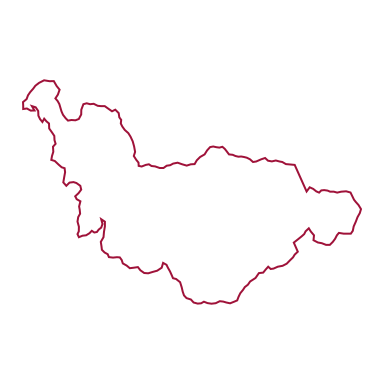 the district of Mirim Doce, Santa Catarina, Brazil
{"feature_id": "56859067B1000526866596", "entity_name": "Mirim Doce", "entity_type": "district", "adm_level": 2, "iso_a3": "BRA", "parent_name": "Brazil", "parent_adm1": "Santa Catarina", "projection": "robinson", "projection_center": [-50.194, -27.174], "detail": "fine", "context": "isolated", "style": "outline", "palette": "rose", "viewbox_px": 384, "rotation_deg": 0, "n_neighbors": 0, "source": "geoboundaries", "source_scale": "gbopen_adm2", "svg_char_len": 3277}
<svg xmlns="http://www.w3.org/2000/svg" viewBox="0 0 384 384"><path d="M53.8,81.1L49.6,81.2L44.1,80.3L39.0,82.9L35.4,85.7L33.1,88.8L30.2,92.1L28.0,95.3L26.6,99.1L23.0,102.1L23.2,105.6L23.2,109.0L26.9,108.5L30.7,110.6L34.5,110.5L31.9,106.1L35.7,107.3L38.2,111.0L38.4,115.7L40.1,119.2L42.4,122.0L44.2,118.7L46.4,121.3L49.0,123.5L49.2,128.5L52.1,132.6L54.3,135.9L54.5,140.1L55.6,143.8L53.0,146.7L53.3,151.8L52.0,156.0L51.3,159.9L54.8,161.0L58.7,164.7L61.7,167.3L64.6,168.2L65.1,172.2L64.3,176.6L63.3,182.4L66.3,185.8L69.5,182.6L73.5,182.1L76.4,183.0L80.3,185.8L81.2,189.6L78.6,193.1L75.2,196.3L76.7,199.2L80.4,201.3L79.1,206.5L79.7,209.7L80.1,213.7L78.2,217.1L77.5,221.6L78.9,226.7L78.8,231.3L77.5,234.1L78.9,237.2L82.5,235.7L86.1,235.3L89.5,233.2L91.8,230.8L94.3,232.5L96.9,232.0L98.7,229.6L101.2,227.6L102.5,224.0L101.2,219.2L104.9,221.7L104.9,226.4L104.0,231.7L103.5,237.2L100.8,241.9L101.5,246.4L101.9,249.8L104.6,252.5L107.7,254.2L108.9,257.1L113.0,257.6L117.0,257.2L119.8,257.4L121.7,260.0L122.8,263.4L126.7,265.6L129.8,268.2L133.8,267.7L137.9,267.1L140.4,270.3L144.2,273.0L148.2,273.3L152.8,271.9L157.2,270.7L161.7,267.7L163.1,262.9L166.5,264.8L167.9,267.7L170.0,271.4L171.5,274.7L173.0,278.2L176.1,279.0L180.1,282.2L181.7,287.3L182.7,291.6L184.0,295.4L186.5,298.1L190.9,299.5L193.6,302.5L197.7,303.6L201.1,303.3L203.9,301.7L207.5,303.1L211.5,303.7L215.7,303.2L219.8,301.2L223.3,301.6L226.3,302.5L230.1,303.3L234.4,301.6L237.2,300.4L238.6,296.7L240.3,293.2L243.0,289.9L244.8,287.1L247.9,284.7L250.1,281.5L255.5,278.0L258.9,273.1L263.2,272.6L265.7,269.5L268.2,266.7L270.7,269.0L273.5,268.6L277.8,266.7L282.6,265.8L286.7,263.7L290.2,260.1L293.0,257.4L294.7,254.6L297.8,251.7L293.8,242.6L298.0,239.3L301.7,236.3L304.2,234.1L305.6,231.3L308.8,228.3L310.8,231.5L314.0,235.3L313.5,240.2L317.9,242.5L321.8,243.2L326.1,244.9L329.8,244.9L332.8,241.9L335.1,238.8L336.9,235.3L338.9,232.9L343.9,233.7L350.8,233.7L352.8,230.8L353.7,226.4L355.8,221.7L357.5,217.2L359.8,213.1L361.0,209.1L358.5,205.0L355.9,202.1L354.0,199.7L352.5,196.6L350.5,192.5L346.1,191.3L341.1,191.7L337.2,192.6L333.9,191.7L330.2,191.7L327.6,190.6L324.2,190.1L321.3,190.4L319.1,192.6L316.3,191.4L313.2,188.9L309.7,187.3L306.6,191.5L294.7,164.9L290.5,164.5L285.9,164.1L282.3,162.0L279.6,161.5L275.8,160.5L271.9,161.4L268.0,160.7L265.1,158.0L261.2,159.3L256.2,161.5L253.0,162.0L250.0,159.3L246.8,157.7L244.0,157.0L241.2,156.5L238.4,156.7L235.4,156.0L232.7,154.8L229.0,154.4L226.6,151.2L224.8,148.9L222.4,146.8L219.4,147.6L216.4,147.2L213.2,146.5L210.1,147.1L207.1,150.4L204.6,154.4L200.1,157.0L196.8,160.3L194.6,164.1L190.8,164.3L186.7,165.6L182.2,164.3L177.6,162.7L173.1,163.6L170.2,165.2L166.7,165.7L163.5,168.0L159.7,168.0L155.1,166.4L151.5,166.0L148.9,164.3L145.8,164.9L141.7,166.5L138.7,165.9L138.5,162.6L136.3,159.9L133.8,156.0L135.1,151.9L134.1,146.4L132.7,141.3L130.5,136.6L128.3,133.1L124.8,130.0L122.3,126.5L120.8,123.5L121.2,119.9L119.3,117.3L118.7,113.1L115.3,109.7L112.0,111.3L108.6,108.9L104.7,106.1L100.7,106.1L97.7,105.8L93.7,103.8L90.1,104.2L86.7,103.3L83.4,104.2L81.3,109.7L81.2,114.5L78.8,119.0L75.4,120.3L71.5,120.0L68.0,120.6L65.7,118.3L63.0,114.8L61.5,111.4L60.4,107.7L59.3,104.0L57.6,101.0L55.4,98.4L57.9,94.6L59.6,89.7L56.7,86.1L53.8,81.1Z" fill="none" stroke="#9f1239" stroke-width="2"/></svg>